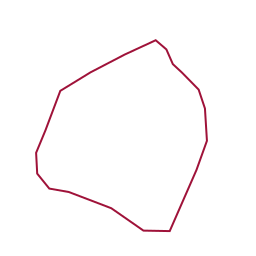 an SVG outline of Shirvan, rotated 199°
{"feature_id": "AZE-5563", "entity_name": "Shirvan", "entity_type": "Municipality", "adm_level": 1, "iso_a3": "AZE", "parent_name": "Azerbaijan", "parent_adm1": "", "projection": "orthographic", "projection_center": [48.916, 39.944], "detail": "fine", "context": "isolated", "style": "outline", "palette": "rose", "viewbox_px": 256, "rotation_deg": 199, "n_neighbors": 0, "source": "natural_earth", "source_scale": "10m", "svg_char_len": 391}
<svg xmlns="http://www.w3.org/2000/svg" viewBox="0 0 256 256"><g transform="rotate(199 128 128)"><path d="M117.3,214.8L106.4,203.0L95.1,198.0L73.7,187.3L61.6,171.5L49.2,141.6L49.6,110.6L55.0,44.1L80.0,36.0L117.7,46.7L163.2,48.2L182.7,45.1L199.0,55.3L206.8,74.6L205.3,98.9L204.1,141.1L181.5,168.5L155.1,196.3L130.4,220.0L117.3,214.8Z" fill="none" stroke="#9f1239" stroke-width="2"/></g></svg>